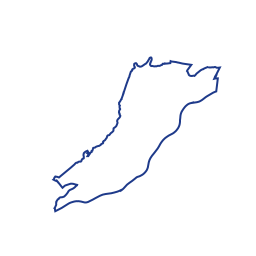 the district of Buren, Gelderland, Netherlands, rotated 140°
{"feature_id": "6326949B23052371147455", "entity_name": "Buren", "entity_type": "district", "adm_level": 2, "iso_a3": "NLD", "parent_name": "Netherlands", "parent_adm1": "Gelderland", "projection": "robinson", "projection_center": [5.42, 51.93], "detail": "fine", "context": "isolated", "style": "outline", "palette": "blue", "viewbox_px": 256, "rotation_deg": 140, "n_neighbors": 0, "source": "geoboundaries", "source_scale": "gbopen_adm2", "svg_char_len": 5592}
<svg xmlns="http://www.w3.org/2000/svg" viewBox="0 0 256 256"><g transform="rotate(140 128 128)"><path d="M151.9,133.9L153.2,133.5L154.2,133.5L155.0,133.7L155.7,133.5L156.1,133.4L156.4,132.7L156.7,132.5L156.9,132.5L157.2,132.4L157.8,132.6L158.7,132.9L159.4,132.7L160.1,132.6L160.9,132.8L161.7,132.9L162.3,133.3L163.7,133.9L164.7,134.2L165.0,134.2L165.8,134.2L167.4,135.1L169.9,133.5L170.6,133.8L171.4,133.0L171.8,133.2L174.5,133.3L174.2,132.7L174.6,132.6L176.5,132.0L177.1,132.5L174.6,133.4L175.1,134.3L175.3,134.6L175.4,134.9L174.0,134.9L173.7,136.6L175.0,137.0L175.9,137.2L177.1,137.2L178.0,137.1L178.3,136.9L179.5,135.9L179.8,135.4L180.1,134.7L180.9,133.8L181.1,133.4L181.6,133.2L181.8,133.2L182.6,133.6L183.0,133.6L183.9,133.3L184.2,133.2L184.6,132.8L185.7,132.6L185.8,132.6L186.0,132.8L186.7,133.4L187.4,133.8L187.9,134.0L188.7,133.9L189.0,133.9L189.3,134.1L189.8,134.6L190.4,134.7L191.3,134.7L192.3,134.5L197.4,134.4L211.6,134.5L212.5,134.4L212.8,134.6L213.2,135.5L214.2,136.8L214.5,137.0L215.0,137.2L215.1,137.3L215.1,137.5L216.2,137.3L216.7,137.0L217.6,136.5L217.8,136.4L218.3,136.4L217.7,134.9L216.9,133.3L216.7,133.3L216.4,133.4L216.5,131.5L216.4,131.5L216.5,127.8L216.6,125.5L216.6,124.7L216.6,124.3L216.0,124.3L213.9,124.4L213.0,124.3L210.0,123.1L208.5,122.5L207.6,122.1L206.8,121.4L206.1,120.7L205.6,120.1L204.3,118.1L203.6,117.3L203.5,117.1L203.9,116.9L205.1,117.0L206.6,116.8L207.6,116.8L209.4,117.0L212.4,117.9L213.6,117.9L214.4,117.8L215.3,117.4L216.4,117.1L218.3,116.7L220.8,116.5L221.2,116.6L222.6,117.1L223.8,117.9L224.3,118.3L224.5,118.4L225.5,118.6L226.9,118.2L227.5,118.5L227.8,118.5L228.9,118.0L229.3,118.0L230.4,117.6L230.6,117.4L230.6,117.2L231.1,116.9L231.3,116.7L232.2,115.5L232.4,115.3L234.9,114.1L235.6,113.8L235.9,113.8L235.9,113.6L235.7,113.5L235.7,113.4L236.7,111.9L237.2,111.0L230.2,109.4L222.9,108.4L221.1,108.1L219.3,107.5L218.4,107.1L216.8,106.4L215.7,105.8L214.6,105.1L213.7,104.3L212.8,103.6L211.3,101.9L209.7,99.7L209.2,99.0L208.5,98.3L207.8,97.8L207.0,97.4L206.1,97.0L205.2,96.8L201.1,95.8L198.0,95.2L195.7,94.7L193.0,94.1L190.2,93.2L188.3,92.2L187.4,91.7L182.8,88.8L180.0,87.4L177.1,86.1L175.1,85.4L173.4,85.0L173.6,84.6L172.5,84.5L170.6,84.5L165.3,85.2L164.6,85.2L162.3,85.1L158.7,84.8L155.1,84.7L153.2,84.7L152.3,84.5L150.1,83.6L148.3,83.2L147.2,83.0L146.1,82.9L145.3,82.9L143.9,83.0L142.6,83.2L140.9,83.6L139.6,84.2L138.2,85.0L134.7,87.9L133.8,88.6L132.0,89.7L129.9,90.6L127.5,91.3L124.4,91.9L124.1,92.0L123.9,92.0L120.3,92.8L118.5,93.2L116.4,93.9L113.3,95.1L112.0,95.5L110.8,95.8L108.8,96.2L107.6,96.3L106.2,96.4L104.3,96.3L101.6,96.0L97.6,95.1L96.3,94.9L94.8,94.9L93.6,94.9L92.2,95.1L90.9,95.4L90.0,95.6L88.5,96.2L87.5,96.7L86.5,97.3L85.5,98.1L84.2,99.3L83.2,100.5L81.7,101.9L79.9,103.7L78.8,104.6L77.9,105.2L76.6,105.9L75.2,106.4L72.9,107.1L70.5,107.6L69.3,107.7L67.2,107.7L66.1,107.5L65.0,107.2L62.4,106.0L62.6,105.9L58.5,103.4L57.0,102.7L56.2,102.4L55.3,102.2L53.5,101.9L51.7,101.8L48.7,101.7L47.0,101.5L44.6,101.1L41.6,100.6L39.9,100.3L38.2,99.8L36.9,99.3L29.4,106.3L27.3,108.3L28.9,109.6L30.3,110.3L28.9,111.0L28.6,110.6L26.7,111.5L27.1,111.8L26.2,112.1L18.8,115.3L20.2,116.2L21.2,117.0L21.7,118.0L22.1,118.8L22.8,119.2L23.4,119.4L24.1,120.1L26.1,121.5L27.0,122.3L27.3,122.9L27.3,123.2L27.1,123.3L27.3,123.3L27.6,123.4L30.3,124.3L32.2,124.8L32.4,124.7L32.5,124.8L33.7,125.2L35.2,125.5L40.6,125.6L42.5,125.2L43.6,125.2L43.8,125.7L44.6,126.2L45.5,126.7L46.1,127.2L46.4,127.5L46.7,128.0L47.1,128.6L47.1,128.8L47.2,129.2L47.2,129.8L46.8,130.6L46.6,131.7L46.5,131.9L46.5,132.0L46.3,132.4L46.2,133.0L46.2,133.7L45.4,134.1L38.9,135.7L44.8,142.3L47.1,145.4L47.8,146.2L48.8,147.6L51.1,150.1L51.7,150.7L52.3,151.6L52.4,151.8L53.9,150.5L57.0,152.5L58.2,153.7L58.3,153.6L58.5,153.5L58.9,153.8L59.2,154.0L59.3,154.1L59.9,154.6L59.9,154.8L60.2,154.9L61.2,154.5L61.4,154.5L61.7,154.6L62.3,154.9L63.7,155.2L64.7,156.0L65.1,156.4L66.6,157.0L66.9,157.2L67.2,157.6L67.9,158.0L68.7,158.8L69.5,159.9L70.0,160.2L70.4,160.6L70.5,160.8L70.5,161.2L70.5,162.0L70.4,162.4L69.9,162.8L69.5,163.3L69.4,163.4L68.7,163.5L68.4,163.7L67.9,164.2L66.9,164.5L66.3,164.9L65.9,165.2L65.4,165.8L65.1,166.4L64.9,166.9L65.0,167.2L65.2,167.4L65.7,167.6L66.1,167.7L66.5,167.7L67.8,167.1L69.1,166.7L70.0,166.3L71.6,166.0L72.6,165.8L72.9,165.8L73.8,166.0L77.1,166.3L78.1,166.5L79.2,167.1L79.6,167.5L79.8,168.1L80.2,168.7L80.6,169.5L80.6,170.0L80.2,170.9L80.1,171.6L80.1,172.3L80.2,172.5L80.3,172.6L80.8,172.9L81.7,173.1L82.2,173.0L82.5,172.5L83.0,172.2L83.4,171.4L83.6,170.4L83.7,170.1L84.3,169.7L84.5,169.7L84.9,169.7L85.6,170.0L86.8,170.1L87.2,170.1L87.3,170.0L87.6,169.5L87.9,169.4L88.9,169.2L89.5,169.4L93.2,167.1L93.6,166.7L94.8,166.0L95.1,166.0L100.3,163.0L102.9,161.4L107.9,158.3L108.2,158.1L108.3,158.2L109.8,157.2L109.7,157.1L114.2,154.5L114.3,154.3L114.7,154.4L116.2,153.7L117.4,153.4L117.5,153.3L118.6,153.1L118.8,152.9L119.1,152.4L119.6,151.9L119.7,151.6L119.8,151.4L119.8,150.4L120.4,150.1L120.7,149.9L121.5,148.8L121.6,148.6L121.7,148.4L121.7,147.8L121.8,147.6L122.0,147.4L122.3,147.3L123.0,147.2L124.1,146.6L124.5,146.0L125.1,145.5L125.2,145.2L125.1,144.7L125.3,144.2L125.7,143.9L125.9,143.7L125.8,143.1L125.9,142.8L126.0,142.3L126.2,142.1L127.4,141.5L128.7,141.3L129.9,141.2L130.7,141.0L131.4,140.7L131.8,140.3L132.0,140.1L132.6,138.8L132.9,138.5L133.5,138.2L135.3,137.2L135.9,137.0L136.9,136.9L137.7,136.9L138.6,137.0L139.2,137.0L139.5,136.8L140.7,135.5L141.1,135.2L141.7,135.1L142.8,135.0L144.6,135.1L145.5,134.9L146.8,134.6L147.1,134.7L148.2,135.3L148.7,135.3L149.2,135.1L150.1,134.5L150.5,134.2L151.9,133.9Z" fill="none" stroke="#1e3a8a" stroke-width="2"/></g></svg>